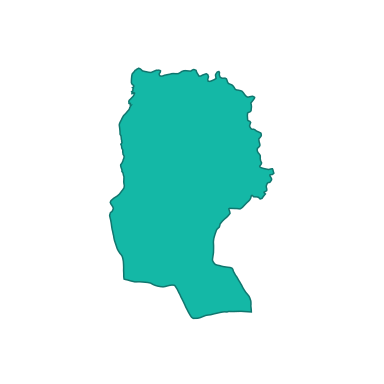 the district of Sithor Kandal, Prey Vêng, Cambodia, rotated 55°
{"feature_id": "14789045B29604176056880", "entity_name": "Sithor Kandal", "entity_type": "district", "adm_level": 2, "iso_a3": "KHM", "parent_name": "Cambodia", "parent_adm1": "Prey Vêng", "projection": "natural_earth1", "projection_center": [105.355, 11.775], "detail": "fine", "context": "isolated", "style": "filled", "palette": "teal", "viewbox_px": 384, "rotation_deg": 55, "n_neighbors": 0, "source": "geoboundaries", "source_scale": "gbopen_adm2", "svg_char_len": 5714}
<svg xmlns="http://www.w3.org/2000/svg" viewBox="0 0 384 384"><g transform="rotate(55 192 192)"><path d="M94.2,119.2L93.2,119.8L92.5,120.6L92.3,121.8L92.2,123.8L90.7,125.6L88.8,127.8L88.0,129.2L87.4,131.3L87.4,133.6L87.1,135.5L85.9,137.3L84.3,139.3L83.5,140.6L82.7,142.8L81.9,144.5L80.6,147.5L80.1,149.6L79.4,150.9L78.6,151.6L77.4,151.6L76.5,151.3L75.6,149.2L74.7,148.3L74.0,148.6L73.1,149.4L72.7,150.0L72.4,150.6L71.8,151.3L71.3,153.6L70.6,157.0L69.1,158.8L67.8,160.0L66.3,161.4L65.3,162.3L64.2,163.2L63.3,163.3L62.4,163.5L61.8,163.7L61.2,163.9L60.0,164.7L59.9,166.0L59.7,167.1L59.9,167.9L59.7,168.9L60.2,170.0L60.5,171.5L61.0,173.3L62.4,174.8L64.4,176.5L65.8,177.6L67.6,178.9L68.7,179.2L69.9,179.2L71.1,178.7L71.9,178.9L72.3,179.4L72.4,180.9L73.3,180.5L74.0,181.6L74.9,182.1L75.2,182.8L75.2,183.7L76.3,183.3L76.3,184.4L77.0,184.8L77.4,183.7L77.5,182.5L78.1,182.3L79.2,183.9L79.9,185.4L80.2,187.2L80.7,189.5L80.8,190.6L81.4,191.7L82.5,192.3L83.1,192.8L83.7,192.7L84.1,191.7L85.0,192.3L85.5,192.7L86.0,191.9L86.4,193.1L87.2,194.6L88.2,195.9L88.5,196.8L89.0,199.0L89.4,200.2L89.9,202.5L90.2,204.3L91.6,207.2L92.4,208.5L93.4,210.5L94.3,212.0L95.3,213.1L96.8,213.9L97.6,214.3L99.8,215.5L101.8,216.7L103.4,217.8L105.3,218.0L106.5,218.6L107.4,219.1L108.0,219.5L108.7,219.8L109.5,220.0L110.2,220.6L111.4,221.0L111.8,221.9L111.9,222.6L112.4,223.1L113.1,223.0L113.7,223.2L114.4,223.6L115.6,224.3L116.7,224.5L117.4,224.5L118.0,224.7L118.8,225.3L119.5,225.8L120.6,226.3L121.6,226.9L122.6,226.9L123.8,227.1L124.5,227.7L125.3,228.5L126.2,230.0L126.9,230.7L127.3,231.4L127.8,232.2L128.3,233.3L128.7,234.7L129.6,235.4L131.4,236.1L132.7,236.4L133.7,236.7L135.1,237.7L136.1,237.5L137.0,237.7L138.8,238.5L140.5,239.0L142.2,240.3L142.9,240.8L144.5,242.1L146.2,243.0L148.0,243.8L149.6,245.3L150.6,247.8L150.8,248.7L151.1,249.6L152.1,252.6L152.4,255.5L152.2,259.7L152.6,263.3L153.6,264.9L155.3,265.3L157.3,265.3L159.3,265.5L160.6,266.1L161.9,268.3L162.1,269.0L162.1,270.6L163.4,272.3L164.1,273.0L165.5,273.6L168.3,274.7L171.3,276.1L174.4,277.7L176.7,278.8L178.0,279.3L179.7,280.0L181.2,280.7L182.6,281.2L185.3,282.5L187.5,283.4L189.6,284.0L192.6,284.9L195.6,285.8L198.0,286.1L201.0,286.2L202.6,286.0L204.7,286.1L205.3,286.3L206.5,286.7L209.4,288.0L211.7,289.4L214.5,291.2L217.1,293.1L219.5,294.6L222.1,296.4L223.4,297.1L224.4,297.6L225.5,296.7L227.0,295.3L229.8,293.1L232.8,290.4L235.5,286.4L237.8,283.6L240.7,280.2L242.8,278.2L245.1,277.1L246.3,276.4L247.5,275.6L249.5,274.0L251.5,272.0L253.1,270.1L254.0,268.3L254.5,266.9L255.5,264.2L256.7,261.8L258.1,260.1L259.3,259.7L261.1,259.8L263.3,259.9L265.2,260.2L266.9,260.5L269.0,260.7L271.8,261.3L274.3,261.6L277.5,262.1L280.3,262.6L282.7,263.1L285.9,263.5L288.6,263.9L292.4,264.2L294.3,264.2L296.2,263.5L297.7,261.3L298.7,259.7L299.6,257.4L300.3,254.4L301.0,251.5L301.9,249.6L303.3,247.0L304.5,243.7L305.5,241.3L306.6,238.6L307.5,236.5L308.7,234.2L310.3,232.2L310.9,230.5L311.6,229.5L313.5,226.9L316.3,222.6L317.9,220.2L319.6,218.1L324.3,212.2L322.9,211.3L320.8,210.1L319.0,209.1L317.8,208.1L316.0,206.9L314.9,206.3L312.9,205.7L311.8,205.4L310.1,205.1L308.2,205.2L305.0,205.5L301.6,205.4L299.2,205.2L296.8,204.8L295.1,204.7L293.3,204.5L291.1,204.4L289.2,204.2L287.1,204.0L285.0,204.1L282.8,203.8L281.4,203.7L279.8,203.3L278.8,202.9L277.2,203.0L275.7,204.1L274.1,205.9L272.9,207.2L271.1,209.1L269.9,210.2L268.0,211.7L266.7,213.0L264.9,214.4L263.1,214.7L261.4,214.7L259.6,214.4L258.2,213.2L256.1,211.2L254.0,209.2L250.9,206.9L248.5,205.2L245.3,203.2L244.1,202.2L242.6,200.8L241.5,199.5L239.9,197.5L238.8,196.0L238.4,195.4L237.5,194.2L236.9,193.1L236.6,191.3L236.4,189.8L235.4,188.5L234.3,187.3L233.3,183.9L232.8,181.0L232.6,178.1L232.3,176.5L231.8,174.6L231.3,173.1L229.5,172.3L227.7,171.8L226.9,171.5L226.9,170.7L228.1,169.0L229.4,167.3L231.4,164.6L233.1,162.7L233.5,162.0L233.5,159.5L233.2,158.1L232.6,155.2L232.2,153.1L231.9,150.7L231.5,149.1L230.7,147.5L229.7,146.3L229.0,145.3L229.5,144.5L231.2,144.3L232.0,143.3L233.1,141.8L234.5,140.6L236.8,140.2L237.4,138.3L237.0,137.3L236.8,136.7L236.2,134.9L236.0,134.2L235.7,133.0L234.3,133.4L233.5,133.1L233.7,131.3L233.7,130.0L232.6,129.1L230.3,128.2L229.4,127.4L228.6,126.2L228.1,125.3L228.0,124.3L228.7,122.8L228.5,121.8L228.1,120.9L227.8,120.1L227.3,119.5L226.9,119.3L226.0,119.1L224.6,119.0L223.4,118.9L222.7,118.5L222.8,117.9L223.8,116.0L223.5,114.1L222.9,114.0L221.5,113.5L220.2,113.0L219.1,112.8L218.5,113.8L217.5,116.4L215.5,118.3L213.4,120.2L211.5,121.6L210.3,122.0L209.6,121.7L209.0,119.6L208.1,118.3L205.8,117.9L203.7,116.9L202.4,115.9L201.2,115.2L199.7,115.1L197.8,115.3L196.3,115.1L195.0,114.6L194.4,114.0L193.8,113.4L193.5,111.3L193.1,110.1L192.5,109.4L190.9,108.7L189.4,108.2L188.0,107.5L186.8,106.8L186.4,105.0L185.8,103.3L185.2,102.6L183.5,101.8L183.0,101.9L181.7,102.6L180.0,103.6L179.2,104.1L178.5,104.4L177.0,104.8L175.8,105.6L175.1,106.8L174.1,107.3L172.3,107.3L170.9,107.0L169.7,105.5L168.7,104.1L167.3,104.1L165.9,105.0L165.2,105.2L163.9,104.5L162.3,103.5L161.1,102.8L160.2,102.0L159.2,101.2L159.2,100.2L159.6,98.3L159.3,97.0L157.9,95.8L156.3,94.4L154.3,93.3L152.9,92.8L151.9,89.5L151.1,87.2L150.4,86.4L149.3,86.8L148.2,87.6L147.0,90.2L146.4,91.9L144.8,92.7L142.5,93.0L140.4,93.0L138.3,93.2L137.1,93.9L135.1,95.7L133.8,97.1L132.3,97.7L130.7,97.5L128.9,97.5L127.1,97.9L125.8,98.8L124.0,99.9L122.3,99.8L120.3,99.2L119.0,98.9L117.7,99.6L116.5,101.5L115.7,102.4L113.9,103.1L111.6,102.4L109.8,100.9L108.7,100.9L108.2,102.5L108.8,104.1L109.2,105.1L109.7,105.7L110.7,106.2L112.8,107.2L112.7,109.4L112.0,112.8L111.4,114.3L110.5,115.2L108.8,114.6L107.1,112.4L104.9,111.8L103.3,112.5L102.3,116.0L102.0,118.4L101.1,119.8L99.5,119.7L96.7,119.5L94.7,118.9L94.2,119.2Z" fill="#14b8a6" stroke="#0f766e" stroke-width="1.5"/></g></svg>